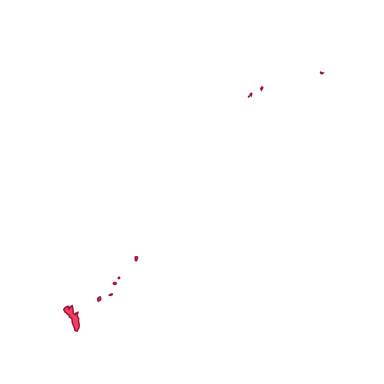 map outline of Tokyo (Mercator projection), rotated 234°
{"feature_id": "JPN-1860", "entity_name": "Tokyo", "entity_type": "Metropolis", "adm_level": 1, "iso_a3": "JPN", "parent_name": "Japan", "parent_adm1": "", "projection": "mercator", "projection_center": [140.896, 30.045], "detail": "fine", "context": "isolated", "style": "filled", "palette": "rose", "viewbox_px": 384, "rotation_deg": 234, "n_neighbors": 0, "source": "natural_earth", "source_scale": "10m", "svg_char_len": 2699}
<svg xmlns="http://www.w3.org/2000/svg" viewBox="0 0 384 384"><g transform="rotate(234 192 192)"><path d="M172.5,24.2L172.1,24.0L171.9,24.3L171.8,24.8L171.4,24.5L171.3,24.0L170.9,24.0L170.7,24.6L170.4,25.2L170.1,24.7L170.1,23.9L169.8,23.5L169.6,24.2L169.9,25.2L170.3,25.9L170.3,26.3L170.7,27.3L170.4,27.7L170.4,28.2L168.0,27.3L167.1,26.8L167.0,26.6L166.8,26.5L163.7,24.8L163.3,24.8L163.0,24.9L162.7,25.0L162.4,25.4L162.3,25.5L162.0,25.6L161.6,25.3L161.3,25.4L161.3,25.5L161.5,25.7L162.2,26.4L162.3,26.6L162.3,26.8L162.2,27.0L161.9,26.9L161.8,27.2L161.9,28.3L161.9,28.7L161.8,28.8L161.7,29.0L161.4,28.8L160.6,27.7L160.3,27.3L159.8,26.7L159.2,26.4L158.3,26.2L157.1,26.1L156.2,25.9L155.7,25.5L154.5,24.5L154.0,24.2L153.0,23.6L152.3,23.5L150.0,22.0L148.8,20.8L148.5,20.4L148.2,19.9L147.5,18.0L146.9,17.4L147.7,16.6L148.8,16.0L149.1,15.9L149.4,16.0L150.2,16.6L150.6,16.8L156.4,18.3L156.9,18.5L159.4,20.1L160.2,20.2L160.8,20.2L161.3,20.0L161.7,19.9L162.4,19.5L162.8,19.3L163.0,19.3L163.3,19.7L163.4,19.9L163.6,20.2L165.4,19.9L165.7,19.7L166.0,19.5L166.4,19.3L168.2,19.4L168.4,19.4L168.6,19.3L168.9,19.0L169.1,18.9L169.6,18.7L170.9,18.9L172.5,19.3L173.1,22.0L172.9,22.8L172.8,23.2L172.5,24.2ZM160.4,52.5L160.9,52.8L161.2,53.3L161.4,54.0L161.5,54.7L161.4,55.5L161.3,55.9L161.0,56.0L160.5,56.0L158.8,55.1L158.5,54.5L158.6,53.0L158.7,52.0L159.9,52.3L160.4,52.5ZM170.5,106.5L171.1,106.8L171.8,107.1L172.4,107.4L172.8,108.0L172.6,108.4L172.0,109.3L171.7,109.6L171.3,109.6L170.8,109.3L170.4,109.0L170.1,108.3L169.2,107.0L169.1,106.5L169.4,106.1L169.9,106.0L170.5,106.5ZM162.2,76.3L162.4,75.2L163.2,74.6L164.1,74.5L164.6,75.3L164.2,76.3L163.5,77.0L162.7,77.1L162.2,76.3ZM235.8,310.2L235.5,310.2L235.3,310.4L235.3,310.7L235.5,311.0L234.9,310.6L234.3,309.7L233.6,307.9L233.8,307.9L234.1,308.1L234.2,308.3L234.5,308.5L235.1,308.5L234.8,308.9L234.8,309.2L235.1,309.3L235.5,309.3L235.5,309.5L235.3,309.6L235.3,309.8L235.5,309.8L235.8,310.2ZM156.3,65.2L156.6,65.0L156.9,64.6L157.2,64.5L157.2,65.1L157.0,66.2L156.7,67.2L156.3,67.6L155.9,67.0L155.9,66.6L156.2,65.5L156.3,65.2ZM213.1,366.2L213.3,366.6L213.1,366.7L212.7,366.7L212.4,366.8L212.1,367.1L211.6,367.8L211.2,368.1L211.2,367.1L211.3,366.7L211.5,366.3L211.8,366.1L212.3,366.1L212.8,366.1L213.1,366.2ZM235.8,296.6L236.2,296.4L236.6,296.4L236.9,296.5L237.1,296.8L236.9,297.9L236.5,298.1L236.0,297.8L235.5,297.0L236.4,297.4L236.3,297.2L236.1,296.9L236.0,296.7L235.8,296.6ZM165.9,82.0L166.1,82.5L165.9,82.9L165.6,83.1L165.1,83.0L164.8,82.8L164.8,82.2L165.1,81.7L165.6,81.6L165.8,81.9L165.9,82.0ZM235.7,294.9L235.6,294.5L235.6,294.1L235.7,293.7L236.0,293.8L236.1,294.1L236.0,294.4L235.9,294.7L235.7,294.9Z" fill="#f43f5e" stroke="#9f1239" stroke-width="1.5"/></g></svg>